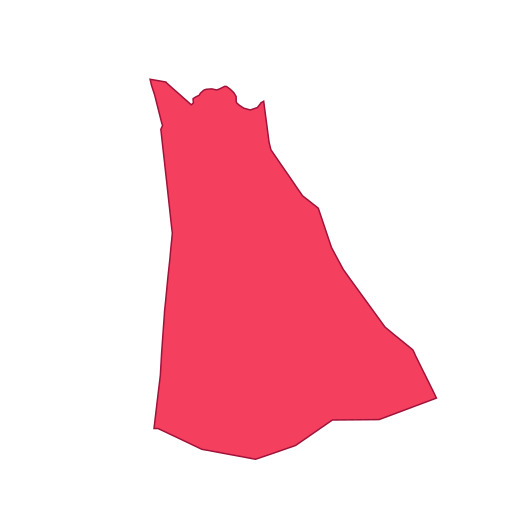 Mashr'ah Wa Hadnan, Ta`izz, Yemen, rotated 346°
{"feature_id": "15242507B63057438613217", "entity_name": "Mashr'ah Wa Hadnan", "entity_type": "district", "adm_level": 2, "iso_a3": "YEM", "parent_name": "Yemen", "parent_adm1": "Ta`izz", "projection": "orthographic", "projection_center": [43.997, 13.541], "detail": "fine", "context": "isolated", "style": "filled", "palette": "rose", "viewbox_px": 512, "rotation_deg": 346, "n_neighbors": 0, "source": "geoboundaries", "source_scale": "gbopen_adm2", "svg_char_len": 1492}
<svg xmlns="http://www.w3.org/2000/svg" viewBox="0 0 512 512"><g transform="rotate(346 256 256)"><path d="M300.9,107.7L297.8,108.6L296.5,109.8L293.2,112.3L285.8,112.9L284.7,112.3L279.9,109.6L278.9,108.5L278.4,108.0L276.4,105.8L274.5,103.1L274.1,101.6L275.3,96.4L273.9,92.0L271.2,87.7L270.9,87.4L270.1,86.4L268.4,84.4L267.7,84.2L266.6,83.8L265.0,84.2L260.8,85.1L258.6,85.3L257.9,85.3L253.4,83.1L248.0,82.2L245.6,82.4L241.7,84.4L239.7,86.3L238.8,86.5L235.9,87.1L234.9,87.5L233.1,88.0L232.7,89.3L232.4,92.1L230.7,93.2L229.8,93.6L229.4,93.1L221.6,81.7L215.3,72.6L211.2,66.5L210.7,65.4L210.0,65.1L200.8,61.0L196.0,58.9L195.9,65.0L196.6,75.2L196.7,104.7L197.0,106.7L194.3,110.1L190.9,135.3L189.8,143.7L188.7,151.6L187.5,160.7L186.8,165.9L185.6,174.6L180.8,209.7L180.6,211.5L180.5,212.4L180.3,213.7L179.9,214.9L179.0,217.3L178.4,219.2L177.1,222.7L174.0,231.4L171.8,237.8L166.3,252.8L165.2,255.8L157.3,278.1L154.3,286.4L153.6,288.3L153.2,289.8L150.7,297.4L141.1,326.8L134.3,348.7L128.7,363.3L115.3,398.7L119.2,399.7L143.5,419.6L156.7,430.5L159.0,431.5L187.5,444.5L205.5,452.7L206.2,453.1L221.1,451.9L248.6,449.4L290.4,433.6L335.8,444.5L370.6,440.5L396.7,437.5L395.1,429.7L391.0,411.0L390.3,408.0L386.4,390.0L386.4,389.3L385.5,385.1L379.8,377.4L375.9,372.2L371.7,366.7L364.0,356.2L341.9,301.5L337.4,290.1L333.6,275.2L331.3,266.0L328.0,224.7L315.7,208.8L312.5,200.3L307.9,187.8L302.9,174.6L296.4,157.2L296.2,156.5L296.2,148.9L300.9,107.7Z" fill="#f43f5e" stroke="#9f1239" stroke-width="1.5"/></g></svg>